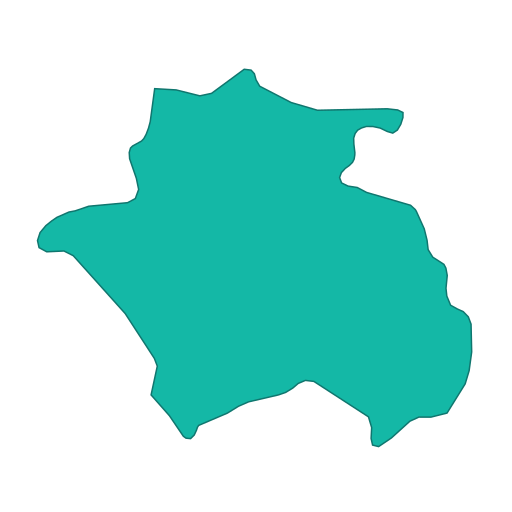 an SVG outline of Constantine, rotated 2°
{"feature_id": "DZA-2217", "entity_name": "Constantine", "entity_type": "Province", "adm_level": 1, "iso_a3": "DZA", "parent_name": "Algeria", "parent_adm1": "", "projection": "natural_earth1", "projection_center": [6.733, 36.357], "detail": "fine", "context": "isolated", "style": "filled", "palette": "teal", "viewbox_px": 512, "rotation_deg": 2, "n_neighbors": 0, "source": "natural_earth", "source_scale": "10m", "svg_char_len": 1540}
<svg xmlns="http://www.w3.org/2000/svg" viewBox="0 0 512 512"><g transform="rotate(2 256 256)"><path d="M408.7,199.9L413.6,204.1L414.7,205.8L423.2,223.0L426.4,234.3L427.8,243.6L432.7,251.0L444.1,257.8L446.2,261.5L447.8,268.8L447.0,281.6L448.1,289.4L452.2,298.4L458.8,301.8L465.1,304.4L470.3,309.4L473.3,316.6L474.9,344.4L473.0,363.2L469.5,376.5L452.4,406.3L436.5,410.9L424.4,411.3L415.6,415.7L397.7,433.1L385.2,442.2L379.1,440.9L377.4,434.3L377.6,423.5L374.0,412.8L318.2,379.3L309.7,378.6L302.6,381.9L297.5,386.6L290.4,391.3L283.4,394.0L253.7,402.0L243.7,406.8L232.9,414.0L204.6,427.3L203.5,429.1L202.5,432.4L200.5,437.1L197.0,440.8L192.4,440.5L189.7,438.7L175.1,418.7L156.0,398.5L161.2,369.5L158.0,361.9L127.3,318.1L73.4,262.1L63.9,257.7L46.7,259.1L38.9,255.2L37.1,248.2L39.4,240.1L45.0,232.9L50.7,228.0L55.7,224.3L67.5,218.6L73.7,217.2L87.1,212.1L125.8,207.2L133.4,202.8L136.4,193.6L133.7,182.5L126.3,163.2L125.7,157.0L126.8,152.5L128.8,150.4L137.6,145.1L139.8,142.6L142.0,138.2L144.1,132.0L145.6,125.5L148.9,92.3L170.4,92.8L194.3,97.9L205.9,95.0L237.7,69.8L244.6,70.4L248.0,73.9L249.9,80.0L253.8,86.2L285.8,101.4L312.4,108.2L382.0,104.3L392.5,105.1L397.9,107.5L398.0,112.5L396.1,119.3L392.9,125.2L388.4,128.4L382.9,127.0L375.6,123.8L368.3,122.5L361.7,122.7L356.9,124.4L353.2,126.7L350.8,130.1L349.5,134.8L349.9,140.7L351.2,149.3L351.2,151.7L350.7,155.7L349.2,159.0L346.2,162.2L342.1,165.4L338.4,169.7L336.8,174.7L339.0,180.0L345.5,182.9L354.8,184.0L364.3,188.6L408.7,199.9Z" fill="#14b8a6" stroke="#0f766e" stroke-width="1.5"/></g></svg>